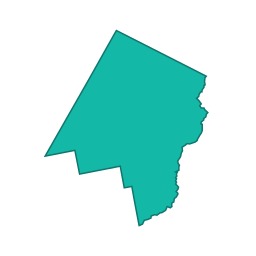 outline of Pecos, Texas, United States of America, rotated 79°
{"feature_id": "52423323B87811641324082", "entity_name": "Pecos", "entity_type": "district", "adm_level": 2, "iso_a3": "USA", "parent_name": "United States of America", "parent_adm1": "Texas", "projection": "natural_earth1", "projection_center": [-102.382, 30.712], "detail": "fine", "context": "isolated", "style": "filled", "palette": "teal", "viewbox_px": 256, "rotation_deg": 79, "n_neighbors": 0, "source": "geoboundaries", "source_scale": "gbopen_adm2", "svg_char_len": 1166}
<svg xmlns="http://www.w3.org/2000/svg" viewBox="0 0 256 256"><g transform="rotate(79 128 128)"><path d="M45.7,134.1L71.4,155.9L139.8,214.7L139.8,184.4L164.0,184.3L164.0,142.9L186.0,143.1L186.1,135.4L201.2,135.6L225.9,135.7L225.1,132.1L221.7,129.6L221.6,126.3L220.8,122.7L218.8,122.0L218.2,118.4L219.1,116.2L217.4,112.7L217.6,111.0L216.0,106.8L212.6,104.5L214.4,101.7L213.5,99.9L210.8,99.6L209.6,98.7L209.4,97.2L206.1,96.0L205.1,94.0L202.7,91.8L201.6,91.5L199.6,92.9L197.4,90.5L195.6,89.7L192.1,91.9L190.4,90.7L189.1,91.4L187.1,90.0L185.9,90.8L184.5,89.2L182.5,89.3L180.9,88.1L180.2,89.6L179.2,86.1L175.9,85.5L174.3,84.6L172.2,85.6L169.8,85.4L166.3,82.0L162.5,80.3L160.9,78.9L159.0,78.7L157.2,78.6L155.6,74.6L154.6,73.2L155.4,70.5L154.6,64.7L153.5,62.5L152.4,62.1L148.8,58.9L146.8,56.9L144.6,55.6L138.5,54.4L138.0,55.6L136.2,55.0L134.5,52.1L133.2,51.9L131.9,49.4L129.6,48.6L128.1,46.7L124.6,49.2L122.9,49.6L122.3,52.3L119.8,53.4L118.3,51.5L114.6,53.2L111.9,55.0L110.6,52.6L108.7,51.9L106.4,49.8L106.7,48.6L104.5,47.8L102.5,45.6L100.8,45.4L100.4,44.1L97.0,44.0L93.4,42.9L92.1,41.3L30.1,120.8L45.7,134.1Z" fill="#14b8a6" stroke="#0f766e" stroke-width="1.5"/></g></svg>